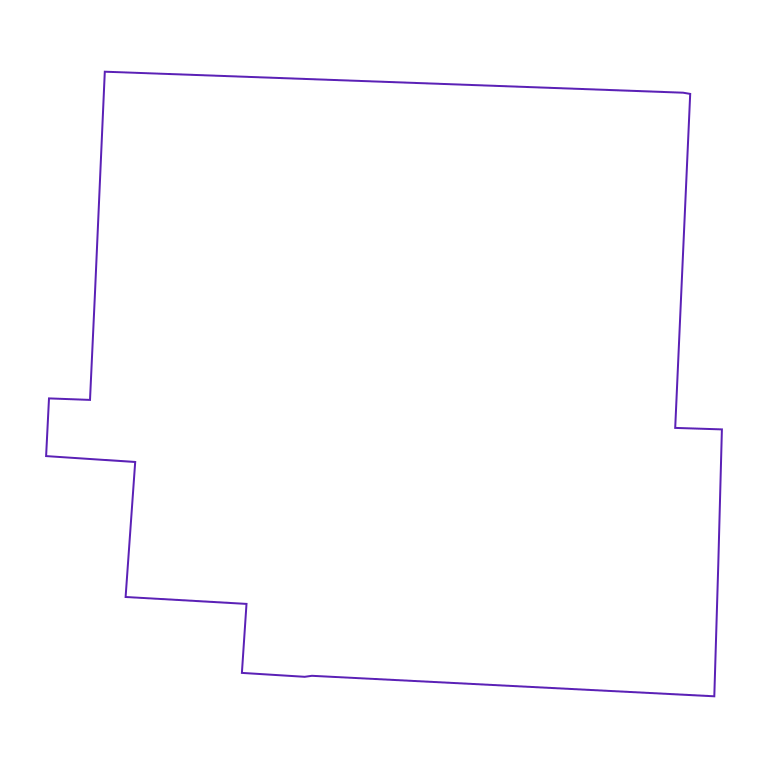 outline of Muskingum, Ohio, United States of America
{"feature_id": "52423323B20353272340555", "entity_name": "Muskingum", "entity_type": "district", "adm_level": 2, "iso_a3": "USA", "parent_name": "United States of America", "parent_adm1": "Ohio", "projection": "robinson", "projection_center": [-81.974, 39.961], "detail": "fine", "context": "isolated", "style": "outline", "palette": "violet", "viewbox_px": 768, "rotation_deg": 0, "n_neighbors": 0, "source": "geoboundaries", "source_scale": "gbopen_adm2", "svg_char_len": 335}
<svg xmlns="http://www.w3.org/2000/svg" viewBox="0 0 768 768"><path d="M690.2,93.9L683.1,92.7L104.8,71.7L95.0,292.6L90.0,399.9L49.0,398.4L46.1,456.1L135.2,462.0L125.6,597.0L246.5,603.9L241.9,672.9L304.7,676.8L311.9,675.8L714.3,696.3L718.3,563.7L721.9,429.4L675.2,427.9L690.2,93.9Z" fill="none" stroke="#5b21b6" stroke-width="2"/></svg>